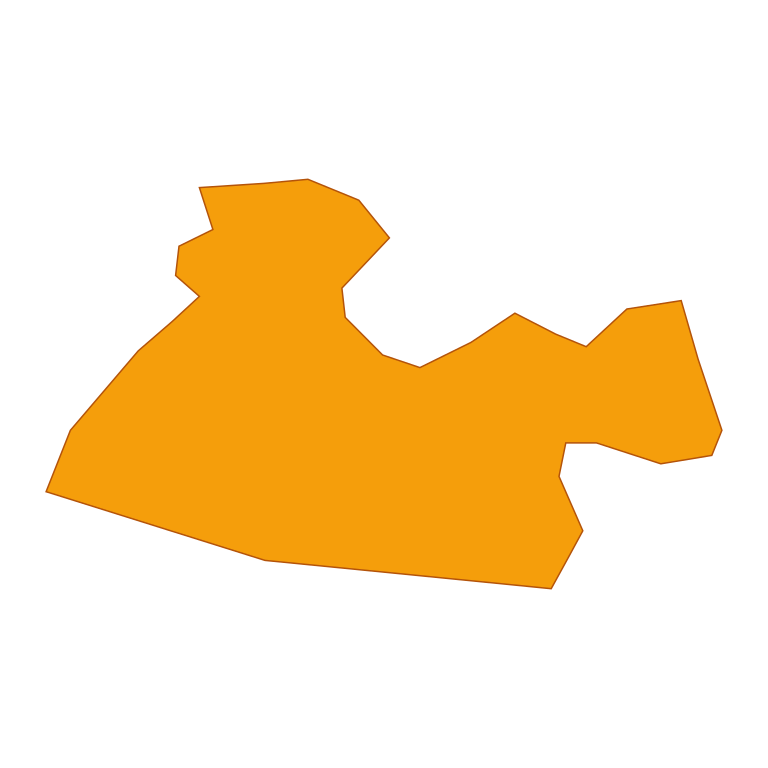 the state/province of Żurrieq
{"feature_id": "MLT-5973", "entity_name": "Żurrieq", "entity_type": "state/province", "adm_level": 1, "iso_a3": "MLT", "parent_name": "Malta", "parent_adm1": "", "projection": "orthographic", "projection_center": [14.486, 35.824], "detail": "fine", "context": "isolated", "style": "filled", "palette": "amber", "viewbox_px": 768, "rotation_deg": 0, "n_neighbors": 0, "source": "natural_earth", "source_scale": "10m", "svg_char_len": 550}
<svg xmlns="http://www.w3.org/2000/svg" viewBox="0 0 768 768"><path d="M551.2,588.7L265.0,560.4L46.1,491.7L70.4,430.3L138.3,350.8L172.2,321.5L199.4,296.4L175.6,275.5L179.0,246.2L212.9,229.5L199.4,187.6L263.8,183.4L307.9,179.3L358.8,200.2L389.4,237.9L341.9,288.1L345.2,317.4L382.6,355.0L419.9,367.6L470.8,342.5L514.9,313.2L555.6,334.1L586.2,346.7L626.9,309.0L681.2,300.6L698.1,359.2L721.9,430.3L711.8,455.4L660.8,463.8L596.4,442.9L565.8,442.9L559.0,476.4L582.8,530.8L569.2,555.9L551.2,588.7Z" fill="#f59e0b" stroke="#b45309" stroke-width="1.5"/></svg>